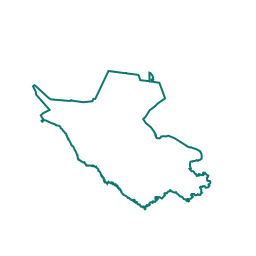 the district of Smiltene, Smiltenes, Latvia, rotated 40°
{"feature_id": "27541924B48400059741255", "entity_name": "Smiltene", "entity_type": "district", "adm_level": 2, "iso_a3": "LVA", "parent_name": "Latvia", "parent_adm1": "Smiltenes", "projection": "natural_earth1", "projection_center": [25.912, 57.423], "detail": "fine", "context": "isolated", "style": "outline", "palette": "teal", "viewbox_px": 256, "rotation_deg": 40, "n_neighbors": 0, "source": "geoboundaries", "source_scale": "gbopen_adm2", "svg_char_len": 6005}
<svg xmlns="http://www.w3.org/2000/svg" viewBox="0 0 256 256"><g transform="rotate(40 128 128)"><path d="M106.1,181.3L106.6,181.5L106.9,181.3L107.5,182.2L108.9,183.1L108.9,183.3L109.3,183.7L109.7,183.9L110.1,183.8L110.6,184.1L111.1,184.0L110.9,183.7L111.2,183.6L112.1,183.7L112.8,183.4L113.7,183.7L114.1,183.3L115.8,183.2L116.1,183.1L116.1,182.8L116.6,182.2L117.4,182.6L117.8,182.9L119.3,182.9L119.2,183.1L120.2,183.6L120.4,183.5L120.4,183.1L121.6,182.6L121.7,182.2L122.7,181.5L123.1,181.0L124.6,180.6L125.4,180.1L125.5,180.0L124.5,179.9L124.7,179.6L125.2,179.5L125.4,179.1L126.6,178.7L126.8,178.8L126.8,179.1L128.3,178.8L128.5,178.2L129.2,178.6L131.8,178.7L132.7,179.5L132.9,179.9L133.6,179.6L134.3,179.7L136.1,180.2L136.5,180.7L138.1,181.1L138.0,181.5L138.3,181.8L139.1,181.4L139.5,181.5L139.2,181.8L139.3,181.9L139.8,181.9L140.1,182.1L140.8,182.2L141.6,182.0L142.6,182.6L142.6,183.1L142.8,183.3L143.5,183.0L143.6,183.3L144.5,183.6L144.3,184.3L145.0,184.3L145.4,184.5L145.7,184.1L146.3,183.9L146.9,183.8L147.3,183.9L147.0,183.5L147.0,183.3L147.9,183.3L148.0,182.4L147.8,181.9L148.6,182.0L149.1,181.5L150.3,181.3L150.2,180.4L151.1,180.4L151.1,180.0L151.3,179.6L151.8,179.6L152.0,180.8L152.5,180.9L152.8,180.7L152.6,180.4L154.3,179.8L154.5,179.4L154.4,179.1L154.6,179.0L155.2,179.6L154.9,179.7L155.1,180.2L155.5,179.9L155.7,179.5L156.5,179.9L156.8,179.0L156.9,178.9L157.4,179.2L157.9,179.9L158.7,179.7L159.0,180.3L159.9,179.9L160.3,180.0L160.4,180.4L160.9,180.7L161.0,180.6L161.1,180.1L161.4,179.9L162.9,180.6L162.9,180.9L163.1,181.0L163.7,180.9L163.9,181.3L165.6,181.9L166.6,181.8L167.2,182.1L167.6,181.9L168.4,181.9L169.8,181.4L172.3,181.4L172.7,181.7L173.7,180.9L174.0,181.2L174.9,181.0L175.6,181.1L176.0,180.8L176.3,181.0L177.0,181.0L178.0,180.2L178.2,179.5L178.7,179.0L179.4,179.0L179.3,179.4L179.4,179.7L179.9,179.7L180.0,179.9L179.5,180.2L179.4,180.5L180.3,180.5L180.7,180.4L181.9,180.4L182.0,180.2L181.5,179.7L181.7,179.4L182.4,179.0L183.5,179.6L184.1,179.7L184.4,180.2L185.0,180.0L186.0,179.1L188.3,179.9L188.7,179.5L189.3,179.5L189.9,179.0L190.5,179.1L190.6,178.9L190.1,178.4L190.2,178.2L192.3,178.8L192.6,179.3L193.3,179.3L193.3,178.7L192.4,177.6L191.7,177.3L192.0,176.9L191.8,176.6L191.9,176.2L192.4,176.2L192.8,175.8L192.1,175.3L192.0,174.9L192.6,174.4L193.6,174.2L194.0,173.4L194.0,172.7L193.0,172.3L192.8,171.1L193.2,170.6L193.5,169.8L193.9,169.6L194.8,169.7L195.0,169.5L194.5,168.8L194.6,168.5L194.4,168.4L194.2,168.2L194.5,167.9L196.1,167.4L196.2,167.2L195.9,165.9L196.4,165.2L196.1,164.9L194.4,164.7L194.2,164.4L194.7,163.9L194.7,163.5L193.7,163.6L193.5,163.3L194.1,163.0L194.2,162.4L194.6,162.2L194.8,162.2L196.0,163.4L196.4,163.4L196.2,162.5L195.5,162.0L195.5,161.4L196.1,161.0L197.0,160.6L199.0,160.4L199.5,159.9L199.5,159.7L199.3,158.7L199.4,157.1L199.2,156.6L199.6,156.1L199.6,155.9L198.6,155.3L198.0,154.7L198.4,153.9L199.7,153.2L199.8,153.0L199.5,152.4L199.6,151.1L199.8,150.6L200.4,150.2L200.6,149.9L200.5,149.5L200.1,148.8L200.2,148.5L200.4,148.4L201.0,148.5L201.9,148.4L202.9,148.4L204.0,148.1L205.4,147.3L206.0,146.3L206.2,146.2L206.9,146.8L209.8,146.7L210.6,146.9L211.3,146.7L212.0,146.9L213.8,145.9L216.4,146.6L218.1,145.7L219.9,146.1L220.8,145.5L221.6,145.4L221.8,144.7L221.6,144.6L219.6,144.4L219.2,144.1L219.5,143.7L220.8,143.2L221.0,142.9L221.3,142.0L221.7,141.5L221.8,141.0L221.4,140.1L221.9,139.0L221.5,138.7L221.1,138.7L219.8,138.9L219.4,138.9L219.2,137.6L221.1,136.0L222.3,136.4L223.1,136.1L223.5,135.4L224.4,134.4L224.2,133.9L225.2,133.7L226.1,133.3L226.4,132.7L226.3,132.3L225.8,131.5L226.2,130.2L225.8,130.2L225.0,129.8L224.8,129.2L223.7,128.2L221.3,127.2L221.3,126.3L223.0,125.1L223.1,124.7L222.8,124.4L223.0,124.1L223.6,123.9L224.2,123.4L224.5,123.3L225.8,123.8L227.0,122.7L227.5,121.9L227.6,120.3L227.5,119.9L226.0,119.6L225.9,119.4L226.5,118.3L226.5,117.6L226.2,116.9L225.3,116.0L224.5,116.1L223.3,117.2L222.7,117.3L222.1,117.1L221.8,116.5L220.6,115.6L220.3,115.1L220.6,114.6L220.6,113.7L220.1,112.9L219.7,112.9L218.7,113.2L217.5,113.2L215.8,112.8L214.5,113.6L214.3,113.9L214.6,114.7L216.0,115.0L216.0,115.5L215.2,116.4L214.0,117.1L212.0,117.5L211.9,117.8L212.9,118.8L211.5,120.5L211.0,120.4L210.4,119.6L209.9,119.5L209.4,119.6L208.8,120.0L207.7,119.8L207.0,119.3L205.8,119.3L205.2,119.6L204.3,120.3L201.4,119.7L202.2,118.6L200.5,117.7L199.1,116.5L197.7,114.2L197.6,113.7L197.8,113.2L198.6,112.2L199.0,112.2L199.1,111.8L199.4,111.1L200.4,110.4L201.1,108.7L201.3,108.5L202.5,108.3L202.7,108.0L202.8,107.1L203.2,106.9L203.6,106.4L203.8,105.1L204.1,104.6L203.3,103.0L201.1,100.8L199.3,99.9L198.8,99.9L198.5,99.6L197.6,99.4L196.9,99.8L195.2,100.0L193.1,100.6L191.3,101.5L188.7,102.2L188.3,102.5L188.2,102.9L188.0,103.1L186.5,103.7L185.1,104.0L185.1,103.9L170.2,105.9L163.8,108.0L162.6,110.0L160.7,111.3L158.9,113.1L159.1,114.8L158.7,115.8L156.5,117.2L154.8,116.7L154.1,115.5L153.3,115.7L152.5,114.9L149.0,113.6L144.8,112.7L138.6,112.8L133.9,111.4L134.3,108.4L133.2,100.4L134.7,94.3L135.0,90.2L137.4,81.5L123.0,73.2L116.4,77.2L115.7,76.5L115.4,76.1L115.5,75.9L116.3,75.2L116.4,74.8L116.3,74.7L115.1,74.9L115.2,73.9L115.1,73.4L114.8,73.1L112.5,72.0L110.6,71.8L110.0,71.5L108.9,71.9L114.6,78.5L113.7,78.8L106.6,83.5L103.6,81.5L101.7,80.7L91.9,87.0L91.4,86.9L91.3,87.0L91.6,87.2L76.4,96.9L84.1,126.3L84.2,126.8L83.1,127.6L82.8,128.4L83.6,130.3L77.2,137.0L68.2,142.6L66.7,143.2L67.0,143.6L65.4,145.2L50.7,155.5L48.3,156.0L46.9,156.0L37.6,155.5L29.7,155.2L28.8,155.4L28.4,157.1L33.9,159.4L35.5,160.7L36.3,161.5L56.3,164.5L53.5,171.2L53.1,174.4L55.1,175.2L57.6,175.7L57.2,178.1L58.2,178.3L58.5,178.1L58.3,177.3L58.3,176.6L58.8,175.9L59.7,175.2L66.6,173.3L69.4,172.2L70.5,171.9L70.9,172.2L73.7,170.7L74.7,170.5L75.7,170.8L76.8,171.5L77.6,171.3L78.8,171.3L79.6,171.8L80.3,171.9L81.5,171.8L82.7,172.3L84.1,172.2L85.0,172.5L85.4,173.1L86.5,173.2L87.1,174.0L88.5,174.4L88.7,174.7L89.1,174.5L89.7,175.2L90.3,175.1L93.1,176.1L94.5,176.9L96.1,177.6L96.3,177.4L98.4,177.5L100.6,178.8L103.6,179.8L105.8,181.0L106.1,181.3Z" fill="none" stroke="#0f766e" stroke-width="2"/></g></svg>